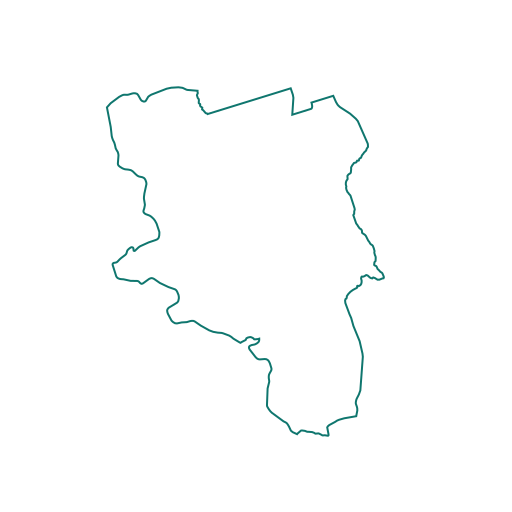 the Province of Kasaï-Occidental, rotated 163°
{"feature_id": "COD-1872", "entity_name": "Kasaï-Occidental", "entity_type": "Province", "adm_level": 1, "iso_a3": "COD", "parent_name": "Democratic Republic of the Congo", "parent_adm1": "", "projection": "orthographic", "projection_center": [21.465, -5.12], "detail": "fine", "context": "isolated", "style": "outline", "palette": "teal", "viewbox_px": 512, "rotation_deg": 163, "n_neighbors": 0, "source": "natural_earth", "source_scale": "10m", "svg_char_len": 6116}
<svg xmlns="http://www.w3.org/2000/svg" viewBox="0 0 512 512"><g transform="rotate(163 256 256)"><path d="M173.8,406.2L173.6,399.5L174.0,396.3L180.0,380.5L160.7,380.6L159.9,380.7L159.3,381.2L158.7,382.2L158.4,383.2L158.1,385.5L158.1,386.5L135.3,386.6L134.5,379.9L133.8,377.0L133.3,375.8L132.2,373.9L124.4,364.6L120.4,358.1L119.2,355.2L116.3,330.9L116.4,329.9L117.0,327.6L118.1,326.8L119.3,325.6L119.8,324.7L121.7,323.7L122.4,323.4L123.4,322.5L124.6,321.8L125.5,321.0L126.8,319.3L128.3,319.0L128.9,318.6L129.7,317.3L129.9,317.2L130.4,317.3L131.4,317.6L131.8,317.3L132.5,316.4L133.1,316.2L134.7,316.3L135.1,316.3L135.4,316.1L136.4,315.3L137.7,314.4L138.1,313.9L139.0,313.1L139.2,312.7L139.9,310.4L140.2,309.9L140.7,308.5L141.3,307.7L141.7,307.5L143.6,307.0L144.7,306.3L145.2,305.8L145.9,302.8L146.5,302.3L147.3,301.7L148.0,300.9L148.7,299.7L149.2,298.1L149.3,296.0L149.9,294.9L150.0,294.2L150.1,292.8L149.8,290.3L149.3,289.4L149.0,288.3L148.2,286.7L148.0,286.0L147.8,272.9L148.0,271.5L149.0,270.0L149.8,267.6L150.7,267.0L151.0,266.6L151.0,266.3L150.7,258.4L150.7,257.9L149.8,255.4L149.7,254.6L149.3,253.6L149.0,252.5L148.7,251.9L147.9,251.2L147.5,250.3L147.3,249.4L147.5,248.3L147.7,247.6L147.7,247.2L147.6,246.8L145.7,244.5L145.2,243.5L145.0,242.8L144.2,237.9L143.6,236.5L143.2,234.6L142.9,233.9L142.5,233.3L141.6,232.3L141.3,231.5L141.1,228.9L141.2,226.2L141.3,225.8L141.6,225.3L141.9,224.5L142.0,222.1L141.8,220.7L142.0,219.4L143.0,216.6L143.2,216.2L144.3,215.6L144.6,215.3L145.5,213.3L145.6,212.9L145.1,212.1L144.1,211.3L143.9,211.0L143.7,210.0L143.5,208.0L142.6,206.5L141.7,204.5L140.6,203.3L140.4,202.9L140.2,202.4L139.9,199.5L139.9,198.4L140.0,198.1L140.6,197.4L141.3,197.6L144.9,197.3L146.7,197.8L148.8,200.2L150.2,201.2L151.4,200.6L152.7,201.4L153.5,202.3L154.7,204.4L155.8,205.4L156.7,205.5L157.7,205.1L159.2,204.9L160.2,205.1L160.7,205.4L161.1,205.3L161.8,204.4L162.1,203.7L162.2,201.5L162.7,200.0L163.5,198.6L164.7,197.6L166.3,197.2L167.5,197.8L168.0,197.7L168.2,197.4L168.4,196.3L169.3,195.9L170.3,195.8L173.2,195.2L176.1,194.2L178.8,192.7L180.8,191.1L181.5,189.5L182.0,188.9L182.9,188.7L183.1,188.5L183.8,187.4L184.1,186.0L184.3,184.8L183.6,172.9L183.1,168.9L183.3,160.6L181.8,144.2L182.7,131.6L183.3,128.4L195.5,97.0L198.1,93.5L201.4,90.1L202.3,88.9L203.2,87.2L203.6,86.1L203.7,85.1L203.6,82.4L203.7,80.8L204.0,79.7L204.3,78.6L207.0,73.5L219.1,75.0L224.3,75.1L226.5,74.9L228.9,74.2L235.4,72.9L237.1,72.1L238.0,71.3L238.8,64.2L239.1,63.3L239.4,63.1L239.8,63.1L242.7,64.5L244.3,64.8L245.0,65.1L246.1,66.3L247.6,67.7L248.2,68.1L248.6,68.2L251.0,68.7L251.3,68.9L252.1,69.9L253.8,71.2L256.8,72.4L257.8,72.7L258.5,73.0L260.4,74.5L263.0,75.7L264.0,75.9L268.1,74.1L268.8,73.6L272.4,76.8L273.7,78.8L274.3,83.1L274.7,84.9L275.3,86.8L275.8,87.6L276.5,88.4L278.0,89.8L286.7,101.5L287.7,103.4L288.5,105.6L289.1,107.9L289.3,109.1L289.1,110.2L283.6,126.0L280.2,131.7L279.9,132.6L279.5,135.4L279.2,136.5L278.8,137.6L278.3,138.6L277.5,139.6L275.0,142.0L274.5,142.7L274.1,144.0L274.1,149.2L274.4,151.1L274.8,152.5L275.3,153.2L276.2,154.2L277.7,154.9L282.6,156.0L283.5,156.4L284.2,156.9L285.0,157.7L286.0,159.5L289.4,168.4L289.6,169.7L289.4,170.8L288.9,171.5L288.0,171.9L286.2,172.1L283.5,171.8L282.6,171.8L281.0,172.1L280.1,172.4L279.2,172.8L278.4,173.3L277.8,174.1L277.4,174.9L277.1,176.0L278.3,176.0L281.5,176.6L282.2,177.0L282.5,177.9L283.3,178.8L284.2,179.6L285.0,180.1L286.1,180.3L287.7,180.4L289.2,180.1L290.5,178.7L295.5,177.8L296.1,177.5L296.8,178.0L301.8,183.6L303.3,185.9L305.0,187.8L310.1,191.7L311.4,192.5L315.0,193.9L319.1,196.0L322.5,198.6L329.1,205.5L333.7,211.3L334.5,212.0L335.2,212.4L336.5,212.8L338.2,213.0L341.5,213.0L346.5,214.2L351.0,214.6L352.0,214.9L353.1,215.4L354.5,216.9L355.2,218.0L355.7,219.0L357.1,226.2L357.2,227.8L357.0,229.5L356.7,230.3L356.0,231.1L355.2,231.7L354.4,232.1L345.0,234.5L344.0,235.2L343.4,235.8L342.1,238.2L341.7,239.7L341.5,241.4L341.8,244.6L342.1,246.0L342.5,246.9L343.2,247.8L348.8,251.9L355.8,258.3L360.2,263.9L361.2,264.8L362.1,265.3L362.9,265.5L364.6,265.4L365.6,265.1L372.0,262.9L372.9,262.8L373.7,262.9L374.3,263.5L374.9,264.4L375.4,265.6L376.1,266.4L377.0,266.9L383.2,268.9L389.4,272.4L392.2,273.5L393.3,274.1L394.8,275.4L395.3,276.4L395.6,277.4L395.7,289.5L395.4,290.3L394.8,290.8L394.1,291.0L391.7,290.7L390.9,290.8L390.1,291.1L387.3,292.7L385.5,293.5L380.8,295.2L380.0,295.6L379.3,296.2L378.9,296.7L378.0,298.1L377.4,298.9L376.6,299.4L375.7,299.9L373.9,300.6L373.0,300.8L372.1,300.7L371.2,300.0L371.0,299.2L371.4,297.4L371.4,296.8L370.9,296.4L370.2,296.4L365.8,298.6L363.9,299.2L354.6,300.4L347.4,300.6L345.7,300.8L344.5,301.3L344.0,301.7L343.4,302.4L342.5,304.0L341.6,306.5L341.4,307.4L341.6,316.0L342.3,319.4L343.1,321.5L344.0,323.1L344.8,324.4L346.0,325.8L349.5,328.5L350.4,329.9L350.7,331.0L350.5,331.9L349.9,332.9L349.1,334.0L347.6,336.7L347.2,337.7L346.4,343.6L345.8,345.4L344.4,348.5L339.8,356.7L339.5,357.8L339.4,359.1L339.5,361.0L339.8,362.3L340.3,363.3L341.0,364.0L341.7,364.6L344.6,366.2L345.9,367.4L347.1,369.3L349.0,372.8L349.6,373.6L350.3,374.4L351.1,375.0L353.0,376.0L355.6,377.1L356.5,377.6L358.1,378.9L360.1,381.2L360.5,381.8L361.1,382.9L361.2,383.8L361.1,384.7L358.1,392.4L357.9,393.4L357.8,394.5L357.8,396.0L358.3,397.8L358.7,400.0L358.4,403.6L358.4,405.9L358.9,408.9L359.0,411.0L358.9,412.9L357.2,421.9L355.1,441.7L350.3,444.6L340.3,448.2L337.2,448.8L335.7,448.9L334.4,448.6L332.1,447.8L330.8,447.6L327.2,447.6L325.9,447.5L325.0,447.3L324.1,447.0L323.3,446.5L322.4,445.9L322.1,445.4L321.6,444.2L320.6,439.6L320.3,438.7L319.8,437.8L319.0,437.1L318.0,436.4L317.0,436.3L316.4,436.4L315.7,436.9L312.5,439.8L310.9,440.4L308.9,440.9L292.5,442.1L287.8,441.7L280.8,440.0L277.3,438.4L276.5,437.8L273.9,435.4L273.1,434.9L263.6,431.1L263.9,430.2L264.0,428.9L264.2,428.5L265.2,427.5L265.5,426.9L265.5,424.3L265.3,423.6L264.9,422.8L265.0,422.0L265.2,421.2L265.8,419.8L266.0,418.9L265.8,418.5L265.1,417.8L265.0,417.4L265.1,417.1L265.4,416.5L265.5,416.0L265.3,415.2L264.4,414.2L264.0,413.4L264.5,412.5L264.7,411.9L263.9,410.9L262.4,407.5L261.9,407.0L261.0,406.5L260.7,406.2L260.7,405.9L173.8,406.2Z" fill="none" stroke="#0f766e" stroke-width="2"/></g></svg>